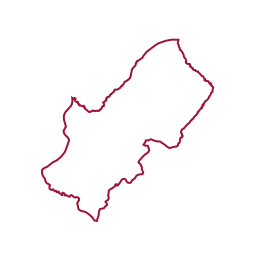 outline of District #2, Grand Bassa, Liberia, rotated 14°
{"feature_id": "62588387B28377115536759", "entity_name": "District #2", "entity_type": "district", "adm_level": 2, "iso_a3": "LBR", "parent_name": "Liberia", "parent_adm1": "Grand Bassa", "projection": "orthographic", "projection_center": [-9.849, 6.418], "detail": "fine", "context": "isolated", "style": "outline", "palette": "rose", "viewbox_px": 256, "rotation_deg": 14, "n_neighbors": 0, "source": "geoboundaries", "source_scale": "gbopen_adm2", "svg_char_len": 5716}
<svg xmlns="http://www.w3.org/2000/svg" viewBox="0 0 256 256"><g transform="rotate(14 128 128)"><path d="M67.1,206.3L67.7,206.4L68.7,206.5L69.5,206.3L70.0,205.6L70.4,205.8L70.8,206.3L71.4,206.5L72.3,206.9L72.8,206.6L73.2,206.4L73.6,206.5L73.9,207.2L74.2,207.5L74.5,207.5L75.2,207.2L75.5,206.7L75.9,206.5L76.2,206.7L76.6,207.4L76.8,207.8L77.4,207.9L78.1,208.0L78.9,208.2L79.9,209.1L80.5,209.0L80.0,207.6L80.2,206.7L80.6,206.7L81.4,206.9L82.1,206.9L82.7,207.4L82.9,208.5L83.2,208.7L83.7,208.6L84.4,208.2L85.2,208.2L85.8,208.6L86.7,208.7L87.2,208.7L88.0,208.8L88.2,207.8L88.7,207.3L89.4,206.7L89.5,206.7L89.6,206.8L90.5,207.2L91.7,207.8L92.6,208.3L94.0,208.1L95.3,207.3L96.2,207.5L97.2,208.0L97.8,208.8L97.9,210.2L97.2,211.7L97.0,213.5L98.0,215.2L98.7,216.9L99.7,218.6L100.7,219.3L101.9,219.6L104.6,219.8L106.9,219.7L108.4,220.2L110.3,220.9L111.9,221.7L113.4,222.5L114.7,223.1L116.2,224.5L117.7,225.8L120.3,225.7L120.3,223.7L120.6,220.3L120.1,216.5L120.2,214.6L120.3,213.6L121.9,212.7L123.9,211.8L124.5,210.3L125.4,209.0L126.3,207.7L125.8,206.7L124.0,205.1L124.4,204.2L125.9,202.8L126.4,201.1L125.8,199.5L125.1,198.3L124.9,195.8L124.6,193.5L125.2,192.1L126.8,190.8L128.3,189.0L129.2,188.1L129.5,187.0L129.4,186.0L130.0,185.4L130.5,185.3L131.2,186.5L131.7,186.4L132.3,185.6L133.7,182.2L134.1,180.7L134.6,179.6L135.3,178.8L136.2,178.4L137.2,178.3L138.1,178.5L138.9,179.4L140.1,180.6L141.5,181.1L143.4,180.7L144.0,180.2L144.3,179.2L144.5,178.0L145.4,177.0L146.8,175.1L147.3,173.5L147.9,172.1L149.4,170.9L151.2,169.8L152.4,169.7L153.3,169.0L153.6,167.5L152.6,166.3L151.1,164.0L151.0,162.7L150.0,161.7L149.2,160.3L147.9,159.7L146.5,158.8L146.9,156.9L147.8,155.0L149.0,152.7L150.8,149.8L152.8,147.6L153.6,146.1L154.0,144.4L153.1,142.7L152.3,141.8L151.6,140.5L149.9,140.7L148.2,141.0L147.1,140.4L148.3,137.4L148.3,135.8L149.7,135.3L150.8,135.1L151.9,134.1L153.4,133.3L155.5,133.8L157.7,133.9L159.9,134.0L161.1,133.5L162.4,133.4L164.5,134.2L167.7,135.3L170.3,136.6L172.6,137.4L174.0,137.0L176.3,135.6L179.3,134.3L179.9,134.1L180.5,133.0L180.8,132.6L180.7,132.3L180.7,132.0L180.4,131.6L180.7,130.8L181.3,130.1L181.6,129.1L181.4,128.4L181.4,127.7L181.2,125.3L181.4,124.6L182.7,124.0L182.7,123.8L182.8,123.6L182.7,123.3L183.0,122.6L182.5,122.4L182.1,121.8L182.0,121.0L181.7,121.0L181.5,120.4L180.8,120.0L180.3,118.9L180.5,117.8L180.6,116.6L182.6,114.6L182.7,113.9L183.2,112.9L183.6,112.6L183.9,111.5L184.0,111.3L184.6,110.5L184.9,109.8L185.5,109.1L185.9,108.8L186.6,107.3L187.0,106.0L187.7,105.4L187.7,104.8L187.9,104.3L188.3,103.7L188.6,103.7L189.3,102.4L189.5,101.0L190.2,100.4L192.0,96.9L191.7,95.8L192.5,95.2L192.6,94.4L193.9,91.6L194.9,90.8L194.4,89.8L195.1,89.1L194.7,87.9L195.8,87.5L195.3,86.5L195.9,85.7L196.0,84.1L198.2,81.4L199.2,78.9L199.1,78.0L199.9,76.3L200.3,73.6L201.2,72.3L200.9,71.5L200.9,68.1L200.2,67.6L200.1,67.3L199.3,67.0L198.9,67.0L198.7,66.5L198.4,65.8L197.7,65.9L197.1,65.7L196.6,65.2L196.7,64.9L197.2,64.5L196.8,64.3L195.7,64.4L195.3,63.9L194.9,63.4L193.8,63.0L193.2,63.2L192.8,63.6L191.8,63.3L190.6,63.1L190.5,62.6L191.1,62.1L190.9,61.8L189.7,61.3L188.4,59.7L187.4,59.7L185.6,58.6L184.1,57.6L182.7,56.9L182.3,56.3L181.7,56.4L180.9,56.4L180.1,56.4L179.5,55.9L179.1,55.5L178.7,55.6L177.8,55.9L177.1,55.5L176.7,55.1L176.6,54.4L176.2,54.3L175.5,54.3L174.8,53.8L174.6,53.4L174.3,53.1L174.1,53.2L173.8,53.4L173.5,53.4L173.4,53.2L173.0,52.5L172.9,51.5L172.5,51.0L171.9,51.0L171.4,51.2L170.6,51.4L170.3,51.1L169.3,51.1L168.4,50.7L168.1,50.1L168.2,49.5L168.2,48.9L168.2,48.4L167.0,47.0L165.1,45.4L164.5,44.1L164.0,43.2L162.6,41.6L161.5,40.6L160.6,40.1L160.1,39.4L159.3,39.3L158.8,37.9L157.9,37.0L157.3,35.7L156.0,34.0L155.7,33.3L155.6,30.9L155.6,30.2L149.3,31.6L143.2,34.4L136.5,38.9L133.6,42.2L127.7,49.5L125.3,54.8L125.1,56.2L122.2,59.6L121.0,60.5L121.1,61.1L120.7,61.4L120.3,61.5L120.1,62.9L120.3,63.1L119.9,63.7L120.2,64.6L119.9,65.9L118.3,68.6L118.0,69.5L117.7,70.1L118.0,77.8L117.9,78.6L117.4,79.7L116.9,80.6L116.3,81.4L116.1,81.5L115.4,82.4L115.4,82.6L115.2,82.7L114.4,83.3L113.7,83.8L113.4,84.5L113.5,84.8L113.4,85.1L113.3,85.6L112.9,86.9L112.3,87.7L112.3,88.4L111.6,88.7L111.1,89.6L110.9,90.3L110.4,91.3L108.4,93.2L108.0,93.5L106.2,93.8L105.8,94.1L105.6,96.0L104.3,98.0L104.0,98.5L103.3,99.2L103.3,99.7L102.8,100.1L102.6,100.3L102.3,101.8L101.9,102.4L100.8,102.7L100.5,103.2L100.2,103.4L100.0,104.2L99.6,104.5L99.7,104.9L100.3,105.2L100.3,105.6L100.2,106.6L99.5,106.9L99.2,107.3L99.0,108.0L98.6,108.5L98.1,108.7L97.8,109.0L97.9,109.6L98.6,110.0L99.0,111.0L99.2,111.9L99.2,112.7L98.9,112.9L98.3,112.9L97.8,113.3L97.7,114.1L97.6,115.3L97.3,115.9L97.1,116.4L96.2,116.9L96.3,117.5L96.0,118.1L95.2,118.5L94.7,118.5L94.4,118.9L93.3,118.8L92.8,119.0L92.4,119.5L91.6,119.6L91.2,119.5L90.7,119.8L90.2,119.7L89.8,119.5L88.3,120.5L87.9,121.3L87.4,121.6L86.4,121.6L85.9,121.8L85.0,121.3L84.7,121.1L81.6,119.6L80.5,118.6L80.9,118.3L79.8,117.1L79.1,117.4L79.0,117.8L78.2,117.7L76.6,117.7L75.8,117.9L75.7,117.8L75.0,117.5L75.2,117.0L74.9,116.7L73.8,116.5L73.3,115.9L73.3,115.1L72.9,114.8L72.4,115.0L72.3,115.3L70.2,114.6L69.9,113.7L69.9,112.4L69.3,112.7L69.4,112.1L69.0,111.9L68.3,112.3L67.6,112.5L66.5,112.2L67.5,114.9L67.8,118.2L67.2,120.6L64.9,125.0L63.5,127.5L63.0,129.3L62.9,130.6L62.9,132.2L63.8,135.3L64.4,136.4L65.9,138.9L66.8,140.5L67.4,141.9L66.7,144.2L66.4,145.7L66.2,146.5L66.7,147.6L67.6,149.0L69.6,150.5L71.8,151.7L72.8,152.7L73.6,153.6L73.8,155.1L73.6,156.2L73.4,159.6L72.7,165.5L72.2,167.4L70.1,171.9L67.7,175.4L66.3,177.0L63.7,179.1L60.8,182.8L58.9,185.2L56.3,187.2L55.2,188.6L54.8,189.7L55.2,191.5L55.7,193.0L56.5,194.3L57.9,195.9L59.3,196.9L60.0,198.1L61.3,200.3L62.8,201.3L64.7,201.7L65.9,202.1L66.2,202.8L65.9,203.7L66.5,205.6L67.1,206.3Z" fill="none" stroke="#9f1239" stroke-width="2"/></g></svg>